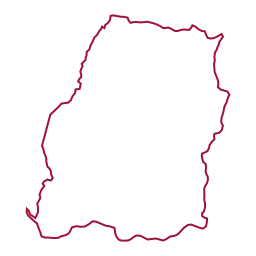 Palmital, São Paulo, Brazil
{"feature_id": "56859067B2487555723980", "entity_name": "Palmital", "entity_type": "district", "adm_level": 2, "iso_a3": "BRA", "parent_name": "Brazil", "parent_adm1": "São Paulo", "projection": "albers", "projection_center": [-50.219, -22.821], "detail": "fine", "context": "isolated", "style": "outline", "palette": "rose", "viewbox_px": 256, "rotation_deg": 0, "n_neighbors": 0, "source": "geoboundaries", "source_scale": "gbopen_adm2", "svg_char_len": 2578}
<svg xmlns="http://www.w3.org/2000/svg" viewBox="0 0 256 256"><path d="M26.9,208.9L26.6,212.3L28.1,215.5L30.2,217.5L33.4,220.5L37.0,223.4L38.9,228.9L40.5,232.9L41.5,236.3L44.7,237.5L49.7,237.6L53.8,238.1L58.4,237.8L60.8,236.4L65.8,235.1L68.6,233.4L70.1,231.3L72.0,227.3L76.2,226.2L80.9,226.8L84.8,226.5L88.1,224.7L92.8,221.3L96.1,221.7L106.0,225.8L109.1,226.2L114.5,227.9L115.4,234.1L116.8,237.3L118.9,239.7L121.5,240.6L126.9,240.6L129.3,240.1L131.9,238.4L135.0,236.1L137.7,235.4L140.6,235.9L147.7,239.5L155.8,238.5L163.0,240.5L165.8,239.4L170.0,236.6L175.1,235.6L178.1,234.1L184.0,227.7L188.0,224.9L191.2,224.6L200.8,228.2L203.2,228.5L205.9,226.4L206.7,223.4L207.1,218.5L204.4,217.6L202.2,216.0L202.0,213.4L203.7,211.8L205.1,207.3L205.0,203.4L204.2,199.8L204.4,195.9L204.3,192.8L204.2,188.5L205.5,185.5L206.9,183.4L207.9,179.8L207.7,176.4L206.3,174.1L205.6,171.0L206.1,167.8L205.7,164.1L203.1,161.7L202.4,159.1L201.8,156.6L202.0,153.7L204.9,152.4L207.4,151.2L209.1,147.9L209.6,145.0L212.3,141.3L214.5,139.2L214.0,136.4L214.4,133.8L219.1,132.8L221.7,130.3L222.9,125.6L221.2,122.3L221.5,117.9L222.6,114.6L223.4,111.9L224.1,108.0L224.9,105.5L226.3,103.0L227.8,98.1L229.4,94.8L227.5,91.6L224.4,90.7L220.6,89.5L217.9,87.1L218.4,84.1L218.1,81.0L217.2,78.3L215.8,74.9L214.6,71.6L214.4,68.5L214.0,64.2L214.8,60.4L214.4,56.7L215.0,52.4L216.8,49.6L217.6,46.8L218.8,44.6L219.3,41.9L220.9,39.7L223.0,36.7L221.5,34.0L216.5,37.0L213.2,38.3L210.4,38.5L207.7,37.9L205.8,34.1L204.7,31.2L201.9,31.0L198.5,29.3L195.7,26.9L192.4,25.3L191.3,27.6L189.1,29.9L183.4,29.5L180.0,30.1L177.7,31.1L174.7,30.9L171.1,28.7L168.2,27.5L165.9,27.9L163.2,28.1L159.9,25.9L157.6,24.9L154.7,23.6L150.9,22.6L147.4,21.7L144.4,22.1L141.3,22.4L138.5,22.2L135.8,22.0L133.3,22.1L130.8,22.9L128.9,21.0L127.5,17.6L123.5,16.8L120.6,16.7L116.1,15.9L113.5,15.4L110.6,15.9L109.9,20.3L107.5,23.4L105.4,24.8L104.4,28.1L102.1,26.6L101.1,29.1L99.4,30.8L98.1,33.2L96.6,35.4L94.4,37.5L92.6,41.6L90.4,45.8L89.4,49.4L86.7,51.9L86.6,55.2L85.6,57.4L85.6,59.9L83.4,62.0L81.7,63.9L82.6,66.1L81.3,68.9L80.3,71.7L81.2,74.5L81.2,77.1L79.5,78.7L78.1,81.5L80.7,83.5L80.3,86.2L79.6,88.9L75.6,89.4L75.1,93.0L72.5,96.2L70.9,100.2L68.0,102.7L64.7,103.1L61.5,103.6L58.4,107.0L50.3,114.7L42.0,145.8L43.2,148.6L44.0,152.3L45.7,156.3L46.3,158.9L46.3,161.6L47.4,166.6L49.6,168.7L50.9,171.5L51.1,174.3L52.8,178.1L50.9,180.5L47.2,179.6L44.0,181.6L42.7,183.8L44.3,185.9L42.7,188.1L41.1,190.5L39.6,194.6L40.3,198.0L38.8,200.9L37.2,203.7L38.1,207.9L37.9,212.2L35.4,218.0L30.4,214.6L28.6,210.6L26.9,208.9Z" fill="none" stroke="#9f1239" stroke-width="2"/></svg>